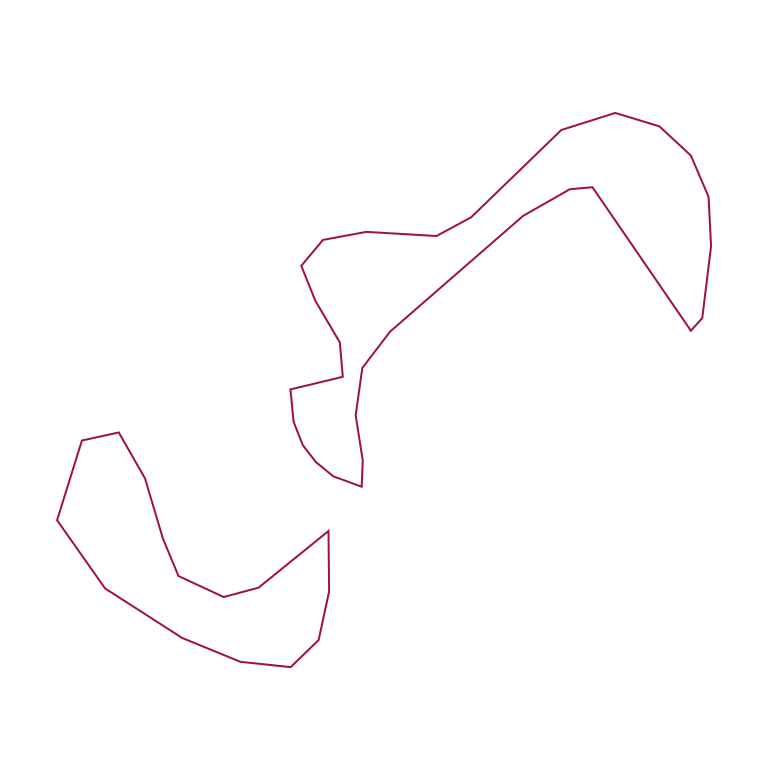 SVG path tracing the border of Koror, rotated 185°
{"feature_id": "PLW-5249", "entity_name": "Koror", "entity_type": "state/province", "adm_level": 1, "iso_a3": "PLW", "parent_name": "Palau", "parent_adm1": "", "projection": "natural_earth1", "projection_center": [134.442, 7.291], "detail": "fine", "context": "isolated", "style": "outline", "palette": "rose", "viewbox_px": 768, "rotation_deg": 185, "n_neighbors": 0, "source": "natural_earth", "source_scale": "10m", "svg_char_len": 711}
<svg xmlns="http://www.w3.org/2000/svg" viewBox="0 0 768 768"><g transform="rotate(185 384 384)"><path d="M476.7,370.5L425.7,387.6L431.6,421.5L459.7,461.0L476.7,494.5L457.4,522.2L414.9,534.0L344.6,536.0L311.7,557.7L229.5,652.5L177.3,674.2L132.0,664.6L98.2,638.3L77.0,598.8L70.2,549.8L72.7,477.4L82.9,463.8L193.5,598.2L215.9,594.2L260.1,563.6L382.6,436.6L407.0,398.1L409.5,350.4L398.5,305.9L397.3,279.7L426.5,287.6L445.2,300.4L459.7,316.2L470.8,338.6L476.7,370.5ZM502.8,94.7L562.9,113.4L644.0,156.0L697.8,219.8L680.0,301.4L644.0,312.6L613.9,269.2L590.7,210.6L572.0,174.8L525.2,157.8L491.2,170.2L426.5,232.7L420.6,172.6L426.8,123.3L452.3,93.8L502.8,94.7Z" fill="none" stroke="#9f1239" stroke-width="2"/></g></svg>